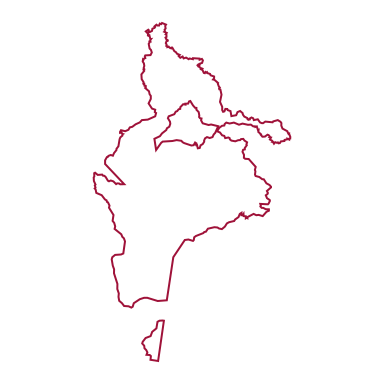 the district of Mineiros, Goiás, Brazil
{"feature_id": "56859067B49749274510868", "entity_name": "Mineiros", "entity_type": "district", "adm_level": 2, "iso_a3": "BRA", "parent_name": "Brazil", "parent_adm1": "Goiás", "projection": "mercator", "projection_center": [-52.699, -17.707], "detail": "fine", "context": "isolated", "style": "outline", "palette": "rose", "viewbox_px": 384, "rotation_deg": 0, "n_neighbors": 0, "source": "geoboundaries", "source_scale": "gbopen_adm2", "svg_char_len": 5983}
<svg xmlns="http://www.w3.org/2000/svg" viewBox="0 0 384 384"><path d="M166.8,300.3L173.3,257.2L184.8,240.0L188.4,239.5L193.0,240.9L193.8,240.0L194.2,237.3L195.9,236.0L203.3,233.1L204.3,232.0L205.9,231.7L207.9,228.7L214.4,227.2L217.5,227.5L219.0,228.5L221.9,229.1L224.9,226.6L226.9,223.4L229.1,222.2L234.2,221.0L235.1,219.5L238.5,217.1L239.8,213.9L241.5,212.8L241.5,215.2L242.8,215.1L243.5,214.0L243.6,216.1L245.8,216.3L245.8,218.2L246.4,217.8L247.4,218.2L247.3,217.2L253.6,213.9L256.3,215.2L258.7,214.9L262.7,216.1L266.5,211.8L268.9,210.7L268.9,209.3L265.7,209.2L263.3,207.9L261.7,207.9L260.4,206.5L260.8,205.7L260.3,203.9L267.9,204.3L268.6,203.6L269.9,200.9L269.7,200.0L267.0,198.2L265.8,195.3L267.5,194.0L267.9,193.0L266.9,191.0L271.0,187.4L271.0,186.7L269.5,185.0L266.4,183.3L263.8,179.3L262.2,179.2L259.3,177.0L255.6,176.0L255.0,174.6L255.4,171.3L254.9,169.9L255.7,166.9L248.7,159.0L245.2,158.8L243.9,157.8L244.0,154.8L242.5,151.8L243.1,149.8L244.8,149.4L244.8,148.0L246.8,145.2L246.4,144.5L247.1,142.3L244.4,140.5L243.3,138.9L241.0,139.1L240.1,140.1L238.2,140.2L235.3,141.3L231.4,140.6L229.9,139.4L229.6,138.1L228.4,137.5L225.2,138.1L224.3,135.9L222.1,135.3L220.0,132.5L217.1,131.3L219.2,127.9L222.0,125.8L224.3,125.5L224.7,124.0L226.3,122.6L229.6,123.5L233.9,122.6L239.0,124.7L242.5,123.6L248.0,124.8L250.8,124.6L253.3,126.4L254.9,126.3L255.2,127.0L256.8,126.4L257.9,129.9L258.6,129.7L258.3,131.9L261.0,134.3L260.7,134.7L262.4,136.7L264.9,136.6L267.5,134.7L268.6,135.1L270.0,136.8L269.6,137.2L271.0,137.5L269.9,139.5L272.1,140.7L272.9,141.7L272.5,142.0L273.1,142.2L274.0,143.7L275.2,142.2L276.9,142.8L277.9,142.4L278.5,143.3L279.8,143.1L280.9,141.4L284.4,141.0L284.6,139.9L287.3,139.3L287.3,138.7L289.0,139.5L288.9,138.8L290.2,138.6L290.3,136.9L289.4,134.5L288.8,134.3L289.1,133.3L288.0,133.0L287.3,131.2L282.5,128.6L281.3,125.6L281.4,123.1L280.5,121.8L277.8,120.1L273.2,121.4L272.6,122.3L265.3,121.6L263.0,123.2L261.6,123.1L260.0,122.4L257.8,119.3L253.8,120.1L253.2,118.3L251.5,117.5L249.6,118.6L249.8,119.4L248.4,119.8L247.6,119.3L247.2,118.0L244.3,116.6L242.9,114.6L242.6,113.1L240.1,111.0L237.5,112.1L236.2,115.2L231.4,116.1L230.5,111.1L227.7,110.1L227.3,109.0L225.4,108.9L224.4,111.4L223.1,111.8L222.2,110.1L222.2,106.8L220.0,101.9L221.5,94.7L220.4,89.6L219.3,89.3L219.1,88.4L219.8,87.6L218.8,86.4L217.8,83.7L218.1,83.0L214.4,79.8L213.1,79.5L214.1,78.2L214.1,76.5L210.6,75.3L210.0,73.9L207.6,73.2L207.0,72.1L206.3,72.6L205.5,72.0L204.8,73.2L203.8,72.9L202.5,70.0L201.2,69.4L202.2,68.6L201.5,68.3L200.9,68.8L199.0,66.1L198.4,66.5L197.5,65.3L198.3,64.5L199.0,65.2L199.7,64.8L199.8,63.7L202.1,62.9L202.9,60.4L201.9,58.9L199.6,59.7L199.5,58.6L193.0,58.2L192.9,59.2L189.6,58.5L188.7,59.2L186.1,57.6L183.6,58.4L182.6,56.5L180.3,57.8L178.6,56.0L179.7,54.9L176.8,53.6L176.2,52.4L174.3,51.1L172.5,48.0L171.7,48.3L171.6,47.6L170.2,48.1L168.9,47.0L167.8,47.1L168.2,46.5L166.3,45.9L166.6,44.6L165.8,43.1L166.7,40.7L167.6,40.9L167.8,40.3L166.2,39.1L165.5,37.6L166.5,36.9L166.4,34.3L165.8,34.2L166.7,32.9L164.3,31.8L164.9,31.3L164.6,29.7L165.6,28.5L165.2,25.9L166.0,24.6L162.0,23.0L161.2,24.1L159.8,23.6L159.1,25.5L157.3,25.5L156.5,24.7L155.8,25.2L154.5,26.4L155.1,27.0L154.5,27.9L152.4,28.7L152.0,30.9L149.3,32.3L148.7,32.4L148.8,30.2L148.3,29.7L145.8,31.4L148.0,33.7L147.9,35.5L148.4,35.8L149.4,35.3L150.4,39.2L151.0,39.1L150.2,40.2L150.5,41.6L149.4,41.6L149.5,42.6L148.7,43.8L149.6,48.5L151.0,50.0L151.8,52.5L150.5,55.1L145.3,55.4L144.8,56.3L145.3,58.1L144.0,58.6L143.4,59.9L143.0,59.5L142.7,61.5L143.9,63.4L144.3,65.9L143.6,68.2L144.3,69.1L143.5,69.8L144.2,70.9L141.4,74.4L141.7,79.2L143.6,82.2L143.3,83.7L143.8,84.3L144.3,84.1L144.5,85.8L145.7,85.9L145.8,87.3L145.2,88.0L149.0,91.3L149.6,94.2L150.8,95.9L150.8,98.9L148.6,103.4L152.0,108.6L155.2,109.7L154.8,112.1L156.1,113.0L155.2,116.3L147.8,119.6L141.9,120.1L139.8,122.4L135.6,124.3L132.3,126.8L129.8,127.4L128.4,129.8L125.2,131.2L121.0,130.2L120.0,132.0L120.1,132.9L121.6,132.5L122.1,133.7L122.9,134.0L122.4,134.3L122.4,135.6L120.3,137.4L119.6,139.2L118.4,146.3L116.5,148.8L116.4,150.1L114.0,153.1L112.9,155.7L110.8,155.0L108.4,155.9L107.7,157.0L106.9,157.1L105.1,160.3L105.1,164.0L124.2,184.2L120.2,184.3L119.1,183.5L117.1,183.4L116.1,184.1L113.4,181.4L110.8,180.5L109.0,181.3L107.9,180.7L105.6,176.9L104.3,175.8L103.0,175.7L102.2,174.6L97.7,174.9L95.1,172.7L94.2,173.2L94.3,176.5L93.7,177.4L93.9,181.0L95.5,184.6L94.8,185.4L95.5,187.5L94.7,188.5L95.6,189.4L96.3,192.9L101.7,195.2L104.9,199.4L106.6,200.4L106.9,201.8L108.0,202.4L109.5,205.6L109.0,207.7L113.5,215.0L112.6,220.9L114.2,222.9L115.2,226.4L114.6,228.9L121.3,234.3L122.3,236.8L123.9,238.3L125.0,241.4L123.3,253.5L121.0,254.5L115.1,254.9L112.3,257.2L111.7,259.3L112.8,265.7L114.1,269.3L114.0,273.3L117.4,283.9L117.3,289.0L118.8,293.4L118.5,296.9L119.2,300.8L122.0,303.2L124.1,306.0L128.6,306.3L131.3,307.6L132.7,306.7L133.8,303.2L139.8,299.2L144.1,297.8L147.3,297.8L157.7,301.0L166.8,300.3ZM185.3,103.7L188.1,103.6L189.1,101.4L190.3,101.0L193.0,105.4L195.1,107.8L196.4,107.9L196.4,109.7L198.7,112.1L199.3,115.5L199.1,117.0L200.0,118.2L201.5,118.5L201.1,120.4L202.7,123.3L208.6,125.0L211.1,124.5L218.2,126.2L215.2,132.9L213.7,134.5L212.5,137.1L209.7,138.0L207.0,137.1L205.0,138.4L204.1,140.6L204.2,141.7L202.7,144.1L200.6,145.3L199.7,148.0L197.8,148.3L197.2,145.7L196.6,145.5L196.8,144.8L195.9,144.6L196.4,143.4L195.1,142.5L193.6,145.2L191.4,145.5L184.2,143.1L182.6,142.2L181.4,140.8L176.6,140.1L172.4,141.0L162.7,141.6L161.1,142.9L156.1,150.0L154.4,138.8L159.9,136.2L162.0,133.4L166.3,130.0L166.9,128.3L169.3,126.7L170.3,123.8L170.0,121.7L167.9,118.2L168.7,116.3L174.3,114.2L175.7,111.7L177.2,111.1L178.6,109.3L180.2,108.9L180.3,107.2L183.2,104.2L185.4,104.6L185.3,103.7ZM158.1,361.0L163.9,320.7L162.6,320.5L159.5,320.7L157.5,321.8L156.4,328.4L152.2,331.8L150.6,336.1L145.6,338.0L142.7,341.8L142.2,343.5L144.2,345.7L144.5,348.3L146.2,350.0L147.4,352.4L146.5,354.8L149.7,355.0L150.9,356.1L150.5,359.8L158.1,361.0Z" fill="none" stroke="#9f1239" stroke-width="2"/></svg>